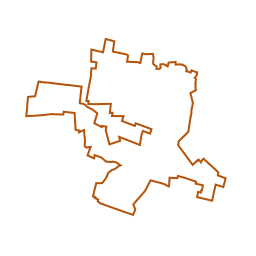 the district of Tixpéhual, Yucatán, Mexico, rotated 7°
{"feature_id": "50627088B94701207387922", "entity_name": "Tixpéhual", "entity_type": "district", "adm_level": 2, "iso_a3": "MEX", "parent_name": "Mexico", "parent_adm1": "Yucatán", "projection": "natural_earth1", "projection_center": [-89.468, 20.961], "detail": "fine", "context": "isolated", "style": "outline", "palette": "amber", "viewbox_px": 256, "rotation_deg": 7, "n_neighbors": 0, "source": "geoboundaries", "source_scale": "gbopen_adm2", "svg_char_len": 4207}
<svg xmlns="http://www.w3.org/2000/svg" viewBox="0 0 256 256"><g transform="rotate(7 128 128)"><path d="M175.5,181.1L175.8,179.8L175.3,172.3L183.0,171.8L183.4,169.5L190.7,170.6L202.2,173.0L201.9,175.0L207.3,175.5L209.3,175.8L209.2,178.1L209.0,180.7L208.4,180.8L208.2,183.3L205.4,182.9L205.0,188.2L211.5,188.9L220.4,189.9L220.9,184.2L221.5,177.2L221.9,173.5L229.8,175.0L231.0,166.0L222.9,164.1L223.0,161.0L220.9,159.4L207.8,150.1L206.7,149.2L204.4,152.9L204.4,153.0L202.2,150.9L201.3,152.0L200.9,151.6L196.7,156.7L190.7,150.4L184.3,143.6L179.7,138.8L180.1,137.2L179.9,136.6L180.0,134.9L181.0,133.6L183.2,131.0L183.2,130.9L183.3,130.8L188.3,124.5L188.4,121.9L188.8,108.9L189.2,105.3L188.9,104.7L188.9,100.9L189.3,97.9L189.2,96.8L189.2,96.4L189.3,94.8L189.1,94.7L185.8,86.0L185.7,85.7L190.8,82.2L190.4,81.1L190.3,80.8L190.1,79.5L189.9,78.7L189.7,78.4L190.0,77.6L189.4,75.4L189.4,75.0L189.5,73.9L189.4,73.3L189.6,71.5L189.0,70.8L188.2,70.1L188.6,69.7L189.7,67.4L189.9,66.2L189.8,65.8L189.8,65.3L189.8,64.3L189.0,64.3L187.8,64.0L187.7,64.0L187.5,63.9L187.2,63.8L186.4,63.7L186.2,63.6L185.3,63.5L184.6,63.2L184.1,63.0L183.4,65.4L182.5,65.0L181.7,64.9L179.4,64.5L178.9,64.6L178.8,64.4L179.2,62.8L177.8,60.1L176.9,59.4L176.2,59.3L175.8,59.2L174.6,58.4L174.3,58.5L173.9,58.8L172.4,58.4L167.5,59.3L167.2,56.7L160.3,58.1L160.1,59.9L160.2,60.3L159.8,61.2L159.8,62.0L158.9,61.8L158.2,61.5L157.8,60.8L157.5,60.7L155.9,60.5L155.6,60.5L155.0,60.3L153.9,60.5L152.4,60.9L152.4,62.1L152.4,62.4L153.0,63.3L153.0,64.6L152.0,65.5L149.0,65.8L149.1,64.8L148.8,63.2L147.7,62.8L147.3,62.7L146.4,62.1L145.4,61.5L145.0,60.5L144.8,58.4L145.0,56.7L144.8,55.9L144.8,55.5L144.7,54.9L144.5,54.1L144.5,53.8L143.7,51.4L137.8,52.4L136.2,52.7L133.1,52.2L132.9,54.4L132.6,58.0L132.3,62.0L128.9,61.4L128.8,61.6L119.0,62.3L119.2,56.0L117.2,55.1L103.6,54.0L103.9,43.6L95.0,42.4L94.2,53.2L94.0,55.9L82.1,54.6L83.3,66.6L88.7,66.6L88.7,69.2L88.7,73.0L84.5,73.1L84.5,76.3L84.6,79.2L84.9,80.0L84.9,81.0L84.1,92.2L83.6,101.5L83.4,106.4L84.1,106.4L85.7,106.1L85.6,108.7L85.6,109.0L92.1,108.4L97.2,107.7L108.0,106.1L108.1,112.3L108.1,115.2L108.5,114.9L109.0,114.8L109.3,114.8L109.8,114.8L110.3,114.8L110.6,114.7L110.8,114.8L110.9,115.1L110.8,116.0L110.7,116.2L110.7,117.5L110.6,118.1L116.2,117.4L122.1,116.8L121.1,121.7L134.5,125.1L135.1,122.4L151.5,126.3L150.6,130.9L143.2,129.1L142.6,131.7L142.2,133.4L141.9,143.4L120.3,137.9L121.8,141.7L111.6,146.5L106.1,132.8L106.1,132.5L106.4,129.3L102.0,129.1L101.8,130.3L94.0,127.4L95.7,117.1L90.3,113.9L90.2,113.9L85.5,112.2L84.5,111.8L84.1,111.4L83.7,111.0L83.3,110.6L82.8,110.2L80.8,109.6L80.2,109.4L77.6,109.4L77.3,109.3L77.1,109.2L77.0,105.8L77.0,102.5L77.0,101.9L76.9,98.7L76.9,95.7L76.9,92.6L74.4,92.6L71.4,92.6L69.6,92.6L68.2,92.6L66.9,92.6L65.2,92.6L63.6,92.6L62.0,92.7L60.4,92.7L58.8,92.7L57.9,92.7L56.0,92.7L54.1,92.7L51.1,92.7L48.3,92.7L45.6,92.7L42.9,92.7L40.1,92.8L39.9,92.8L39.9,93.0L37.6,93.0L35.1,93.0L35.2,92.8L33.6,92.8L33.4,94.2L31.9,107.8L25.0,109.3L25.0,110.6L25.1,111.6L25.2,117.1L25.2,117.3L25.2,117.5L25.4,120.2L25.5,124.2L25.5,126.0L25.6,126.8L25.6,128.6L33.8,127.2L41.5,125.7L43.2,125.3L49.9,123.6L62.1,122.5L62.2,119.7L73.2,119.6L73.5,121.2L73.7,122.9L73.9,123.9L74.1,124.4L74.1,125.0L74.6,127.3L74.8,128.4L75.0,129.7L75.3,131.2L75.4,131.5L75.5,131.7L75.5,132.2L75.5,132.5L75.7,133.0L75.7,133.8L76.2,136.2L76.4,136.2L76.9,136.2L77.7,136.3L80.0,136.5L80.0,138.2L83.0,136.3L84.5,135.4L85.5,140.0L86.0,142.1L86.9,145.7L87.2,151.3L89.0,152.5L93.2,151.3L92.2,155.6L91.2,160.2L95.8,161.6L98.1,162.2L98.2,159.0L105.1,160.5L109.2,163.2L110.2,164.0L115.9,163.8L116.9,163.2L120.1,163.5L120.3,163.5L125.1,166.0L123.7,166.7L120.9,169.4L119.6,170.6L118.4,171.1L117.4,171.4L113.7,175.0L113.3,177.5L111.8,181.3L109.0,185.9L103.1,186.7L103.0,188.3L102.7,190.7L102.3,193.5L101.6,200.2L103.6,200.5L103.4,201.3L105.1,201.7L105.0,202.0L107.2,202.6L106.9,204.5L107.7,205.0L108.6,205.5L109.5,206.1L111.5,206.5L111.9,206.6L114.8,207.3L117.8,208.0L118.9,208.2L120.5,208.6L133.6,211.5L143.6,213.6L145.2,208.1L142.6,203.2L145.5,198.8L147.3,196.3L147.3,196.2L148.1,195.0L151.6,189.8L151.7,189.7L152.7,188.1L156.8,177.2L166.1,178.5L170.6,179.2L175.5,181.1Z" fill="none" stroke="#b45309" stroke-width="2"/></g></svg>